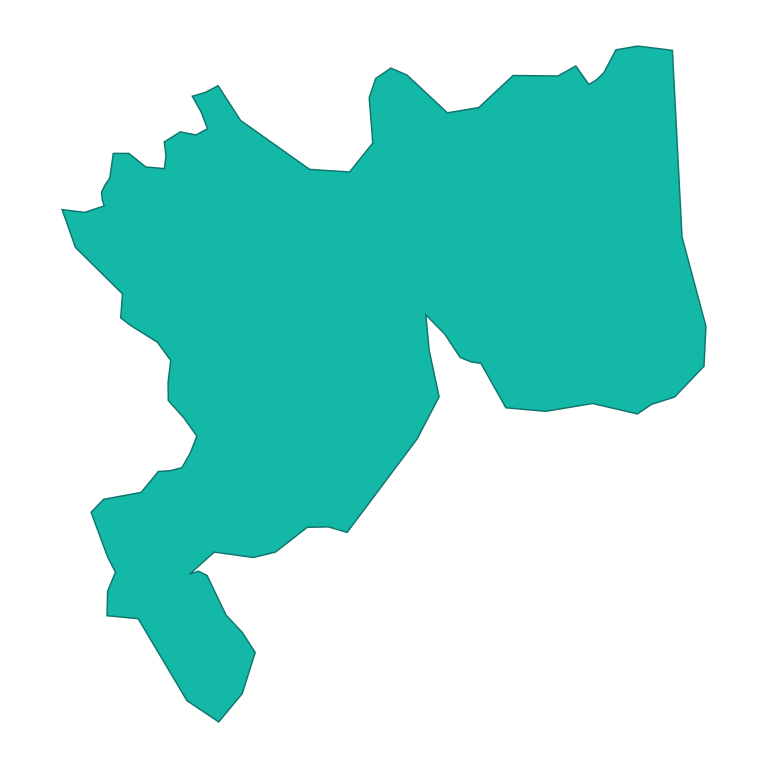 map outline of Mahanuvara (Robinson projection)
{"feature_id": "LKA-2448", "entity_name": "Mahanuvara", "entity_type": "District", "adm_level": 1, "iso_a3": "LKA", "parent_name": "Sri Lanka", "parent_adm1": "", "projection": "robinson", "projection_center": [80.641, 7.216], "detail": "fine", "context": "isolated", "style": "filled", "palette": "teal", "viewbox_px": 768, "rotation_deg": 0, "n_neighbors": 0, "source": "natural_earth", "source_scale": "10m", "svg_char_len": 1240}
<svg xmlns="http://www.w3.org/2000/svg" viewBox="0 0 768 768"><path d="M107.0,615.7L107.6,591.2L115.5,572.2L107.6,556.8L91.1,512.3L103.6,499.3L141.2,492.4L158.3,471.5L170.2,470.7L182.0,467.6L190.6,452.4L196.8,436.1L184.1,418.2L168.3,400.5L168.1,382.4L170.7,360.4L157.5,342.3L129.9,325.0L120.7,317.8L122.5,293.9L75.5,247.5L62.1,209.6L84.6,212.4L104.2,205.9L102.4,200.1L101.5,192.1L105.2,184.8L109.8,178.1L113.3,153.4L128.9,153.4L145.8,167.0L164.4,168.6L166.0,155.7L164.3,141.9L180.3,131.9L195.9,135.0L207.6,128.7L201.1,111.9L192.3,96.2L205.1,92.5L218.1,85.7L240.5,120.4L309.6,169.4L349.6,172.0L372.8,143.0L369.2,97.7L375.7,78.5L390.9,68.1L407.0,75.1L447.4,112.8L478.7,107.6L513.1,75.5L557.9,76.0L575.8,66.0L588.9,84.5L596.9,79.5L603.9,72.7L615.9,49.8L637.9,46.1L672.4,50.4L682.0,236.8L705.9,326.2L704.0,366.2L674.6,397.0L651.4,404.4L637.5,413.9L592.5,403.5L545.8,411.3L505.9,407.8L480.9,363.3L471.5,362.0L460.2,357.5L444.6,333.9L425.8,314.8L429.2,350.5L439.1,396.8L417.1,438.9L347.1,532.4L328.4,526.9L307.2,527.3L275.6,552.0L253.4,557.5L214.2,552.1L189.6,574.2L198.5,571.2L207.0,575.4L226.1,615.2L242.3,632.5L255.2,652.5L242.2,693.7L218.7,721.9L187.0,700.7L138.2,618.7L107.0,615.7Z" fill="#14b8a6" stroke="#0f766e" stroke-width="1.5"/></svg>